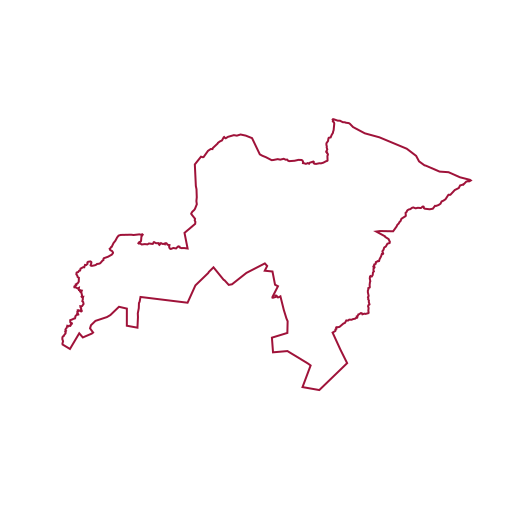 outline of Mutasa, Manicaland, Zimbabwe, rotated 211°
{"feature_id": "62879985B28116741742257", "entity_name": "Mutasa", "entity_type": "district", "adm_level": 2, "iso_a3": "ZWE", "parent_name": "Zimbabwe", "parent_adm1": "Manicaland", "projection": "orthographic", "projection_center": [32.773, -18.58], "detail": "fine", "context": "isolated", "style": "outline", "palette": "rose", "viewbox_px": 512, "rotation_deg": 211, "n_neighbors": 0, "source": "geoboundaries", "source_scale": "gbopen_adm2", "svg_char_len": 6146}
<svg xmlns="http://www.w3.org/2000/svg" viewBox="0 0 512 512"><g transform="rotate(211 256 256)"><path d="M151.1,338.8L155.1,338.9L155.6,339.3L165.5,338.9L162.5,341.3L151.2,347.8L150.7,353.7L150.9,355.6L150.4,357.3L150.5,359.1L150.1,360.2L150.5,362.9L148.3,367.3L148.4,367.8L150.0,370.0L149.6,371.4L149.8,372.7L149.6,373.5L148.9,374.7L147.9,375.6L147.1,377.6L146.2,378.6L143.7,379.1L142.1,380.7L139.6,381.9L139.1,382.5L138.7,384.0L138.3,384.5L137.7,384.6L136.6,383.5L135.6,383.5L131.2,385.5L128.8,387.6L128.4,391.2L127.5,391.6L125.8,393.7L124.8,395.8L125.0,398.4L123.9,399.9L122.8,402.2L122.6,407.4L122.3,407.9L121.3,408.2L120.9,408.7L119.6,414.9L117.2,418.7L117.4,421.6L115.7,423.4L115.3,424.2L115.0,424.1L114.1,428.0L113.5,428.7L111.6,429.9L110.8,431.4L111.8,431.5L121.8,428.5L134.1,427.0L142.1,422.9L157.0,420.9L158.3,420.5L165.0,421.1L170.3,424.3L182.0,425.6L211.3,421.3L225.9,417.2L239.2,416.5L243.7,417.7L244.9,417.7L247.7,416.5L248.7,416.4L250.5,415.4L253.7,415.2L255.7,414.1L260.0,413.2L260.5,412.9L260.6,412.4L259.5,411.6L259.4,410.9L258.0,410.7L257.1,409.8L254.3,403.9L253.9,402.1L253.5,401.3L253.5,398.7L253.1,396.1L254.5,394.8L254.5,394.2L253.5,391.7L253.7,389.1L253.5,388.5L252.8,387.4L251.8,386.5L251.3,385.4L249.8,384.1L249.6,381.6L249.3,381.3L248.4,381.5L248.0,380.7L246.9,380.4L246.5,379.8L246.3,378.5L243.9,374.8L243.9,374.3L244.7,373.4L246.4,370.6L248.0,368.9L249.5,368.1L251.9,365.9L253.4,365.2L254.3,365.2L254.9,366.4L255.5,366.5L257.9,363.7L258.2,363.2L258.1,362.4L259.6,362.2L260.3,361.1L261.1,360.5L262.2,360.4L263.6,359.8L264.1,360.9L265.2,361.7L266.3,361.8L267.3,361.3L269.2,360.2L272.0,357.5L276.4,354.4L277.6,354.2L278.9,354.7L280.2,353.8L282.3,353.6L284.8,351.1L287.3,350.2L290.6,347.2L292.0,346.2L298.4,345.8L302.2,345.2L305.1,345.1L320.1,355.0L326.8,353.9L331.8,352.2L334.4,349.3L337.2,348.2L341.4,343.7L342.6,341.3L343.2,341.2L344.6,341.6L344.8,341.1L344.7,337.5L345.9,335.7L346.9,333.4L346.8,332.7L348.6,326.3L348.4,325.2L349.9,324.4L351.3,321.4L351.9,313.8L352.4,313.3L354.3,312.8L355.6,303.0L343.6,285.0L341.4,282.6L337.0,275.8L335.4,272.4L333.4,269.9L332.6,265.0L332.7,263.5L333.4,261.2L333.4,259.0L333.0,258.6L327.4,256.5L326.9,255.0L325.5,254.0L325.2,253.3L324.7,252.2L329.2,239.0L318.5,227.2L321.7,225.8L323.9,224.4L325.4,224.0L326.1,224.1L326.4,224.6L327.5,224.3L327.8,223.8L328.4,221.3L331.0,220.3L332.4,218.4L333.0,218.0L333.9,218.1L335.2,219.1L335.8,220.8L337.6,220.1L339.3,220.8L340.2,220.3L340.1,219.2L341.0,219.3L341.5,218.7L342.4,218.2L344.1,218.1L344.5,215.8L345.2,215.9L345.5,216.9L346.1,216.9L348.2,215.5L350.6,215.4L350.8,215.0L350.6,213.5L351.0,213.0L354.2,211.6L355.0,210.1L357.5,208.9L359.9,207.0L362.0,207.1L362.7,206.3L363.4,206.4L363.2,207.8L362.3,209.0L362.3,209.7L364.2,213.6L364.1,215.9L364.8,216.0L365.4,215.0L367.1,214.5L371.8,210.9L373.9,210.0L382.8,204.4L384.3,202.7L384.6,200.4L384.4,196.6L384.8,193.7L384.4,189.5L384.9,188.8L384.8,187.4L385.1,186.8L384.0,186.0L381.9,186.1L380.4,185.4L380.1,184.7L380.3,182.9L382.5,179.1L385.3,175.7L385.3,175.1L384.7,173.9L385.2,173.0L385.8,169.6L386.6,168.5L388.2,167.3L388.4,166.4L389.3,165.1L391.6,163.0L392.5,162.7L393.0,162.8L393.6,165.4L394.1,166.0L395.1,166.1L396.9,164.6L397.2,163.7L396.4,162.5L396.9,160.8L398.0,160.3L397.4,157.9L398.3,157.5L399.9,154.8L399.3,153.0L400.0,152.4L400.2,150.6L401.2,149.5L401.2,149.2L400.5,147.7L399.3,147.3L398.0,146.1L396.6,146.1L394.7,142.7L394.8,140.7L395.4,139.9L395.1,138.8L395.8,138.6L395.4,137.6L396.0,136.5L395.8,135.8L395.5,135.6L394.3,136.3L392.1,136.3L391.4,137.5L390.9,136.4L390.2,135.6L389.2,136.1L388.7,135.1L388.2,134.9L388.0,136.4L387.5,136.6L387.2,135.1L384.6,132.4L384.6,131.3L384.0,131.1L383.1,131.9L382.8,130.7L382.2,129.9L381.6,127.8L380.5,127.6L379.1,126.1L379.3,123.5L379.6,122.9L380.7,122.5L380.1,121.7L378.8,120.9L378.4,120.0L377.4,119.6L377.0,118.9L377.3,118.4L380.1,118.2L380.8,117.7L380.1,116.9L380.5,116.5L380.4,116.0L378.2,114.3L378.5,113.9L379.5,113.9L379.4,113.3L379.8,111.3L379.1,109.9L379.1,109.1L380.1,108.3L380.5,107.4L382.2,105.3L381.1,103.6L380.4,103.3L379.4,103.6L378.9,103.2L379.4,102.0L379.1,101.3L379.2,100.4L380.2,100.1L380.5,99.1L381.8,99.0L381.3,96.9L381.5,95.0L381.2,94.3L380.3,94.0L380.5,92.8L379.9,92.6L379.4,91.5L379.7,89.7L379.6,88.4L380.0,87.9L380.1,86.7L379.2,85.0L377.5,83.6L376.8,81.2L376.2,80.5L367.6,80.5L367.7,98.7L362.5,97.0L356.8,104.9L356.2,106.5L361.0,108.5L361.8,111.7L360.2,117.7L352.3,126.9L350.4,130.4L347.3,141.9L339.6,144.4L330.8,129.7L320.7,133.5L325.7,142.8L327.8,146.0L329.6,150.9L332.1,155.4L332.2,156.8L333.9,161.4L290.6,180.7L292.8,199.6L288.2,216.8L288.2,218.1L286.6,224.4L271.4,218.9L270.5,219.0L264.5,217.2L262.0,219.4L255.5,236.6L244.6,254.2L241.3,253.2L240.9,247.9L233.9,251.2L224.9,241.2L221.6,241.4L220.8,229.4L220.5,228.8L220.0,228.9L218.1,231.0L218.1,231.3L218.9,232.0L218.7,232.4L217.8,232.5L216.2,231.7L215.4,232.2L214.3,234.0L204.4,224.1L197.7,218.1L195.3,216.4L189.5,206.2L200.3,194.2L191.8,182.2L180.1,190.7L156.1,190.6L152.8,190.3L148.6,167.6L132.7,173.7L122.7,211.1L135.4,219.2L150.9,229.8L149.4,232.6L149.5,233.2L150.1,233.9L149.6,235.0L150.4,235.8L150.4,236.4L148.8,237.4L147.9,238.3L146.3,243.1L145.3,244.5L145.4,247.3L143.9,248.0L143.3,249.5L141.2,250.6L140.5,251.7L138.7,253.4L138.4,254.5L137.6,255.0L137.5,255.4L138.5,256.2L137.9,257.1L138.2,258.6L137.6,259.2L136.7,261.1L135.8,261.4L134.8,260.8L133.4,262.4L132.4,262.7L130.4,264.7L130.2,265.3L131.6,267.1L132.7,269.4L134.1,270.7L134.3,271.9L133.8,272.7L133.8,273.0L135.6,274.6L136.3,276.0L137.7,276.8L138.0,277.8L138.8,278.3L138.9,279.8L141.5,282.6L142.3,284.0L142.5,285.2L143.2,286.3L142.4,287.4L142.4,287.9L143.7,289.7L144.9,292.4L145.0,293.2L146.9,295.3L147.7,297.1L147.6,297.7L146.9,297.6L146.2,298.1L146.2,299.9L147.3,302.2L147.0,303.5L148.0,304.3L148.7,305.6L148.5,307.2L148.9,307.6L149.4,307.1L149.9,307.2L150.0,308.2L149.8,309.0L150.3,309.6L149.4,311.0L150.1,312.5L149.5,313.2L149.2,314.2L148.4,314.5L147.9,315.1L148.4,316.6L148.6,320.1L149.2,322.6L148.3,323.0L148.2,323.5L150.1,325.2L149.9,327.1L150.4,328.8L150.4,329.5L149.6,331.0L149.7,334.2L148.2,335.9L148.7,336.9L148.6,337.1L151.1,338.8Z" fill="none" stroke="#9f1239" stroke-width="2"/></g></svg>